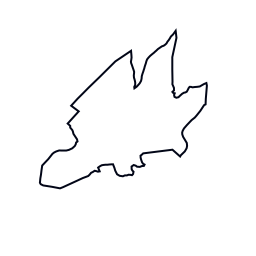 the district of Picuí, Paraíba, Brazil, rotated 226°
{"feature_id": "56859067B6156700578434", "entity_name": "Picuí", "entity_type": "district", "adm_level": 2, "iso_a3": "BRA", "parent_name": "Brazil", "parent_adm1": "Paraíba", "projection": "robinson", "projection_center": [-36.343, -6.485], "detail": "fine", "context": "isolated", "style": "outline", "palette": "ink", "viewbox_px": 256, "rotation_deg": 226, "n_neighbors": 0, "source": "geoboundaries", "source_scale": "gbopen_adm2", "svg_char_len": 2454}
<svg xmlns="http://www.w3.org/2000/svg" viewBox="0 0 256 256"><g transform="rotate(226 128 128)"><path d="M153.8,31.5L152.7,30.0L149.8,26.6L148.2,26.2L145.6,27.1L138.6,32.4L131.8,37.2L130.6,40.1L126.0,53.2L123.4,60.7L121.1,66.0L121.1,68.1L121.4,70.3L120.8,72.1L120.4,74.3L118.9,75.3L117.5,76.0L116.5,77.5L118.7,78.4L120.3,79.0L120.0,81.1L119.5,83.1L118.6,84.5L117.2,86.3L116.0,87.5L114.8,89.1L113.4,90.8L112.3,92.0L108.7,90.5L106.2,89.2L102.3,88.0L99.4,88.8L96.8,90.8L96.1,92.8L94.6,94.4L94.0,95.9L92.9,97.0L91.3,98.1L91.4,99.7L92.7,101.6L94.5,101.6L95.8,102.0L97.8,103.8L97.4,106.4L95.5,107.4L93.9,107.6L91.8,109.5L90.9,111.7L89.7,113.1L90.2,114.5L91.8,114.0L93.6,114.3L96.0,115.4L97.8,116.4L99.4,117.8L99.2,119.2L99.2,121.3L81.5,144.9L71.3,145.7L71.7,147.1L71.7,152.6L72.7,156.1L74.1,158.1L76.4,159.9L79.8,160.7L83.3,161.5L85.7,162.6L87.1,163.8L88.0,165.4L88.8,168.0L89.2,172.5L89.5,179.2L89.3,181.2L89.1,183.2L89.3,185.7L90.1,192.0L91.6,198.6L91.1,200.2L94.9,204.2L103.7,214.2L105.9,215.6L106.8,213.3L107.4,211.0L108.0,208.5L109.6,206.3L111.1,204.5L112.4,202.7L113.8,201.9L114.8,200.9L114.6,199.4L113.9,197.5L113.3,195.5L113.7,194.0L114.5,192.8L115.0,190.8L115.1,188.2L115.1,185.7L116.2,183.8L118.1,183.1L119.8,184.1L120.5,185.7L121.8,184.9L123.1,185.0L123.1,187.2L124.9,188.9L126.7,189.6L128.6,190.3L130.3,192.1L139.1,200.3L148.2,209.1L159.2,225.5L164.8,229.8L164.4,227.6L164.0,225.4L164.0,223.9L164.0,222.4L163.4,220.4L162.9,218.2L162.7,216.4L162.1,214.5L162.1,212.7L162.4,210.8L163.2,209.1L163.6,206.8L164.0,204.3L164.0,202.0L164.1,200.5L164.1,199.0L164.3,197.0L164.5,194.1L164.4,191.7L164.1,189.4L163.2,187.5L162.1,185.7L161.4,184.3L160.5,182.6L159.5,181.0L158.9,179.8L158.1,178.4L156.9,176.0L155.7,173.9L154.1,172.1L152.8,170.1L152.0,167.4L151.8,165.0L151.7,162.9L152.1,160.2L153.2,161.0L154.0,163.1L155.6,164.7L157.1,165.7L158.5,166.5L160.1,167.3L161.7,168.6L163.2,170.4L164.1,171.4L165.4,172.1L167.1,172.9L168.4,173.5L170.7,174.6L172.4,175.3L173.6,176.1L174.7,177.6L176.2,179.5L178.3,181.3L180.3,182.9L181.4,183.8L184.7,165.2L184.4,142.8L184.4,127.9L184.2,119.4L184.1,112.1L183.5,102.6L179.1,103.3L174.2,104.1L173.1,87.7L169.7,87.9L168.4,86.7L165.3,86.5L163.9,86.0L161.7,84.7L159.1,84.2L155.3,83.5L153.4,82.3L153.6,80.6L152.6,79.1L152.0,77.2L152.1,73.8L153.3,70.3L154.7,67.9L159.7,62.8L161.0,60.1L161.7,57.8L161.9,55.7L161.0,49.0L160.8,44.3L160.6,40.2L157.5,36.2L154.9,33.0L153.8,31.5Z" fill="none" stroke="#020617" stroke-width="2"/></g></svg>